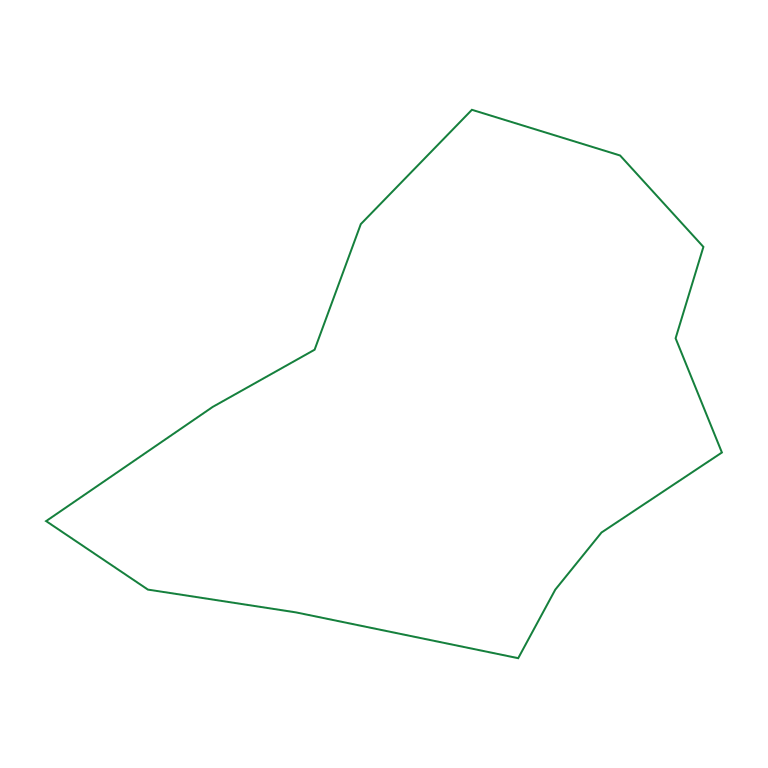 SVG path tracing the border of Tarxien
{"feature_id": "MLT-5960", "entity_name": "Tarxien", "entity_type": "state/province", "adm_level": 1, "iso_a3": "MLT", "parent_name": "Malta", "parent_adm1": "", "projection": "mercator", "projection_center": [14.508, 35.862], "detail": "fine", "context": "isolated", "style": "outline", "palette": "green", "viewbox_px": 768, "rotation_deg": 0, "n_neighbors": 0, "source": "natural_earth", "source_scale": "10m", "svg_char_len": 306}
<svg xmlns="http://www.w3.org/2000/svg" viewBox="0 0 768 768"><path d="M721.9,452.5L601.5,532.5L555.3,589.6L518.2,658.2L296.0,612.4L147.9,589.6L46.1,521.1L212.7,406.9L314.6,349.7L360.8,224.1L471.9,109.8L620.1,155.5L703.4,246.9L675.6,338.3L721.9,452.5Z" fill="none" stroke="#15803d" stroke-width="2"/></svg>